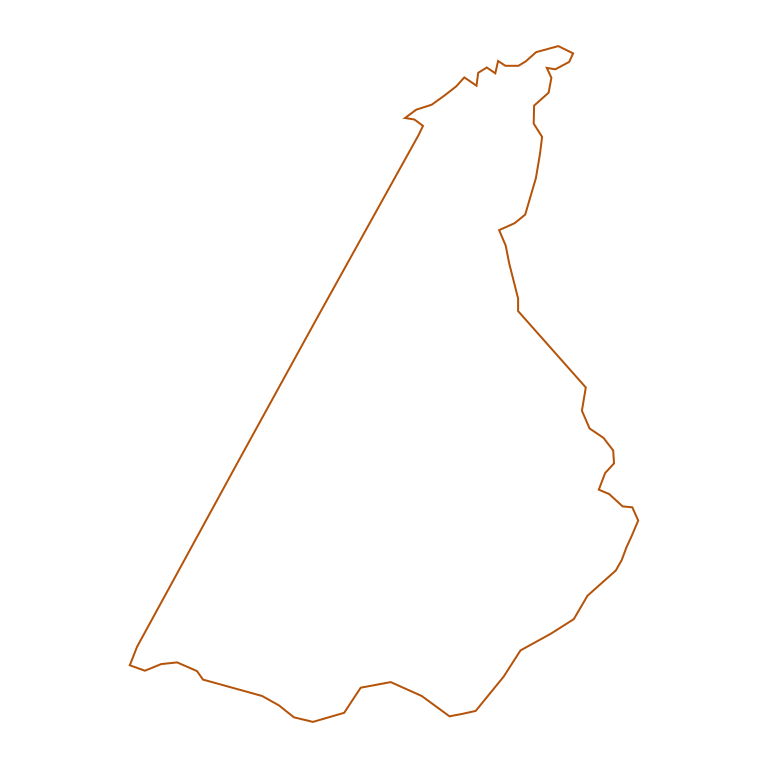 outline of Ipiranga de Goiás, Goiás, Brazil
{"feature_id": "56859067B30942518683814", "entity_name": "Ipiranga de Goiás", "entity_type": "district", "adm_level": 2, "iso_a3": "BRA", "parent_name": "Brazil", "parent_adm1": "Goiás", "projection": "natural_earth1", "projection_center": [-49.647, -15.147], "detail": "fine", "context": "isolated", "style": "outline", "palette": "amber", "viewbox_px": 768, "rotation_deg": 0, "n_neighbors": 0, "source": "geoboundaries", "source_scale": "gbopen_adm2", "svg_char_len": 1068}
<svg xmlns="http://www.w3.org/2000/svg" viewBox="0 0 768 768"><path d="M638.2,520.5L632.3,507.3L622.6,506.4L609.1,494.0L598.8,489.7L605.1,473.1L614.0,463.4L613.2,450.5L603.5,437.9L589.6,428.5L581.9,410.7L585.8,387.5L518.1,311.1L518.1,298.5L509.2,263.4L505.7,245.6L499.1,230.1L514.6,223.2L525.2,214.6L535.9,178.1L540.0,153.8L542.1,136.9L533.7,123.6L534.1,105.6L548.6,92.7L551.4,77.8L546.8,67.9L555.3,69.3L569.2,61.9L573.1,53.4L558.3,46.1L536.2,52.1L525.7,61.4L518.4,65.8L505.4,65.8L498.1,61.0L495.3,73.3L486.8,67.5L478.2,72.8L476.5,85.7L464.3,77.4L456.3,86.3L444.9,95.2L431.7,104.7L416.2,109.7L405.0,118.0L414.4,119.5L423.0,125.9L418.7,134.8L316.6,318.8L237.2,463.3L137.0,646.9L129.8,665.3L144.9,670.7L161.1,664.1L177.1,662.4L197.0,671.1L203.0,679.6L262.1,696.0L279.1,705.5L293.9,717.3L312.9,721.9L344.2,712.8L351.9,701.0L360.7,687.7L390.7,682.1L421.7,696.0L449.5,716.3L462.7,713.8L475.7,710.9L503.6,676.7L520.5,650.4L551.0,633.6L573.8,619.1L587.5,595.7L615.8,570.5L621.7,560.1L626.4,547.5L631.8,535.7L638.2,520.5Z" fill="none" stroke="#b45309" stroke-width="2"/></svg>